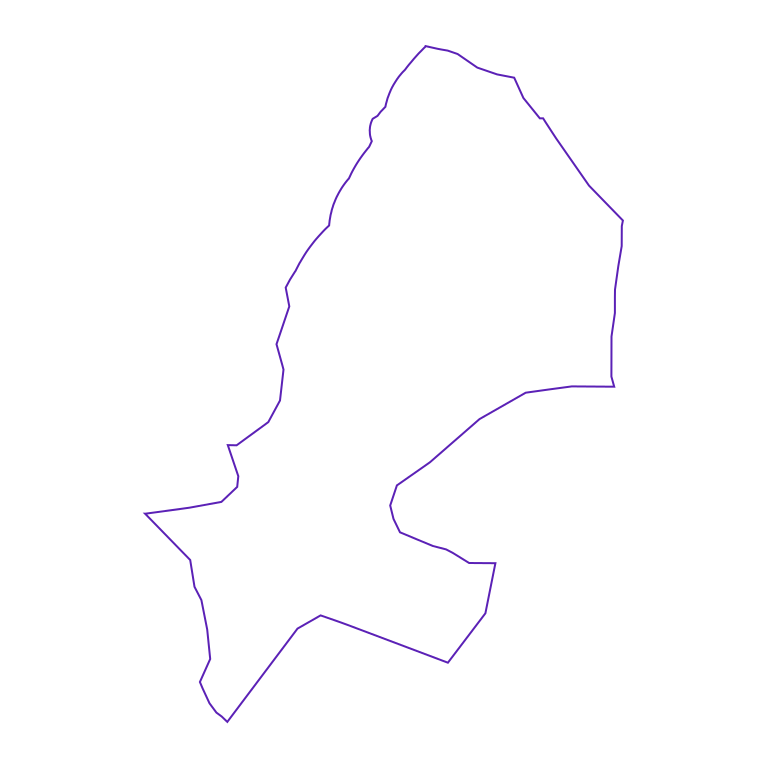 E Mansora 2, Ad Daqahliyah, Egypt
{"feature_id": "37247803B17472786437270", "entity_name": "E Mansora 2", "entity_type": "district", "adm_level": 2, "iso_a3": "EGY", "parent_name": "Egypt", "parent_adm1": "Ad Daqahliyah", "projection": "orthographic", "projection_center": [31.41, 31.047], "detail": "fine", "context": "isolated", "style": "outline", "palette": "violet", "viewbox_px": 768, "rotation_deg": 0, "n_neighbors": 0, "source": "geoboundaries", "source_scale": "gbopen_adm2", "svg_char_len": 2771}
<svg xmlns="http://www.w3.org/2000/svg" viewBox="0 0 768 768"><path d="M227.3,721.9L297.5,628.6L320.6,615.4L340.4,622.3L347.8,625.0L447.9,662.7L485.4,613.3L495.4,563.2L469.1,563.0L452.6,552.8L446.1,549.4L432.9,546.0L416.5,539.2L400.0,532.3L393.5,518.9L390.2,505.5L396.9,485.4L429.9,462.3L479.5,419.1L484.9,416.0L525.7,392.7L548.7,389.5L571.8,386.4L614.2,386.7L611.4,376.6L611.5,336.5L614.9,313.0L614.9,297.1L615.0,289.6L618.3,266.2L621.7,246.1L621.8,226.1L622.9,220.5L608.7,205.9L602.1,199.1L589.0,185.6L556.2,138.5L551.8,131.8L549.6,128.4L545.5,122.1L543.1,118.3L539.8,118.3L523.4,98.0L514.2,77.7L497.1,74.4L477.3,67.6L457.6,54.0L447.7,50.6L441.3,49.5L437.6,48.8L425.5,46.1L425.2,46.8L425.1,47.0L423.9,48.1L421.3,50.8L418.7,53.4L416.2,56.2L413.8,58.9L411.4,61.8L409.0,64.6L406.7,67.5L405.3,69.4L404.8,70.0L404.3,70.5L402.7,72.1L401.2,73.8L400.5,74.7L399.8,75.5L398.4,77.3L397.8,78.2L397.1,79.1L395.9,81.0L395.3,81.9L394.7,82.9L393.5,84.8L393.0,85.8L392.4,86.8L391.4,88.8L390.9,89.8L390.5,90.8L389.6,92.9L389.2,93.9L388.8,95.0L388.0,97.1L387.6,98.1L387.3,99.2L386.7,101.4L386.4,102.5L386.1,103.5L385.6,105.7L385.5,106.3L385.4,106.8L380.6,111.8L377.5,115.9L372.7,118.8L372.4,119.4L372.1,120.0L371.6,121.2L371.1,122.5L370.7,123.8L370.4,125.1L370.2,125.8L370.1,126.5L369.9,127.8L369.9,128.5L369.8,129.2L369.7,130.6L369.8,131.2L369.8,131.9L369.9,133.3L369.9,134.0L370.0,134.6L370.2,136.0L370.4,136.6L370.5,137.3L370.9,138.6L371.0,138.9L371.1,139.3L371.3,139.9L371.8,141.1L371.6,141.6L369.2,146.7L368.7,147.4L368.1,148.0L366.2,150.4L364.3,152.8L362.5,155.2L360.7,157.7L359.0,160.2L357.3,162.8L355.7,165.4L354.2,168.0L352.7,170.7L351.3,173.4L350.0,176.2L348.9,178.5L348.7,178.8L348.4,179.0L346.9,180.8L345.4,182.7L344.0,184.6L342.6,186.6L341.3,188.6L340.3,190.3L340.1,190.6L338.9,192.7L338.2,194.0L337.8,194.8L336.7,196.9L336.2,198.0L335.7,199.1L334.8,201.3L334.4,202.4L333.9,203.5L333.1,205.7L332.8,206.9L332.4,208.0L331.7,210.3L331.5,211.4L331.2,212.6L330.6,214.9L330.4,216.1L330.2,217.3L329.8,219.6L329.6,220.8L329.5,222.0L329.2,224.4L329.2,224.9L329.1,225.5L327.6,226.9L325.3,229.1L323.0,231.5L320.8,233.9L318.6,236.3L316.4,238.8L314.3,241.3L312.3,243.9L310.3,246.5L308.4,249.1L306.5,251.8L304.7,254.6L303.0,257.4L301.3,260.2L300.2,262.1L299.9,262.6L299.6,263.0L298.1,265.9L296.6,268.8L295.5,271.0L295.3,271.3L295.1,271.5L293.4,274.2L291.7,276.9L290.0,279.6L288.5,282.4L287.0,285.2L285.7,287.6L289.3,306.4L279.2,336.3L276.5,344.2L282.4,365.4L283.5,369.6L280.0,400.5L268.3,422.1L236.6,445.3L227.8,445.1L238.3,476.2L237.2,486.9L221.4,501.9L189.4,507.7L180.7,508.9L145.4,513.7L145.1,513.7L190.2,560.0L194.5,586.8L201.4,600.1L207.2,629.5L210.2,659.0L199.9,682.0L202.7,688.6L209.5,703.3L216.4,712.6L221.7,716.5L227.3,721.9Z" fill="none" stroke="#5b21b6" stroke-width="2"/></svg>